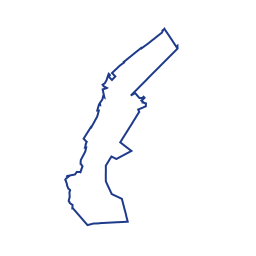 Sierra Mojada, Coahuila, Mexico, rotated 27°
{"feature_id": "50627088B20309017506244", "entity_name": "Sierra Mojada", "entity_type": "district", "adm_level": 2, "iso_a3": "MEX", "parent_name": "Mexico", "parent_adm1": "Coahuila", "projection": "robinson", "projection_center": [-103.689, 27.586], "detail": "fine", "context": "isolated", "style": "outline", "palette": "blue", "viewbox_px": 256, "rotation_deg": 27, "n_neighbors": 0, "source": "geoboundaries", "source_scale": "gbopen_adm2", "svg_char_len": 4185}
<svg xmlns="http://www.w3.org/2000/svg" viewBox="0 0 256 256"><g transform="rotate(27 128 128)"><path d="M154.7,193.9L147.6,194.1L146.5,194.2L144.8,194.2L143.4,194.2L142.8,193.7L142.3,193.3L139.6,191.2L135.1,187.7L134.4,187.1L132.5,185.6L131.0,182.8L129.1,179.1L128.4,177.6L127.6,176.0L127.0,174.8L125.3,171.6L125.5,169.9L125.5,169.4L125.6,168.1L125.7,167.5L125.8,165.9L125.8,165.1L125.9,164.3L125.9,164.1L126.1,162.4L126.2,160.9L131.7,160.9L139.0,150.4L139.9,149.2L140.5,148.3L140.5,148.2L141.4,146.9L127.6,144.3L128.1,138.1L128.7,131.7L128.9,129.4L129.1,127.0L129.3,125.2L129.6,121.5L129.7,120.5L129.7,119.9L129.7,119.7L129.8,118.5L130.0,116.7L130.2,114.1L130.2,113.6L130.3,112.4L130.5,110.8L130.5,110.2L130.6,109.2L130.7,108.6L128.7,106.9L131.2,104.0L131.3,103.9L132.9,101.9L134.0,100.6L132.8,97.9L130.0,98.5L130.2,98.1L128.8,97.8L127.5,97.5L128.4,95.5L129.0,93.6L127.7,93.1L127.1,94.8L126.7,95.0L126.4,95.2L126.2,95.3L125.9,95.5L125.7,95.6L125.4,95.8L125.2,95.8L124.9,96.0L124.7,96.1L124.4,96.0L123.9,95.8L122.3,95.2L121.9,95.0L121.6,94.9L121.4,94.8L121.2,94.8L121.1,94.7L120.2,94.3L119.7,94.1L118.5,93.7L117.4,95.3L116.4,96.8L115.8,97.8L116.1,96.8L118.1,90.7L118.6,89.2L120.2,84.0L120.5,83.2L121.5,80.1L122.5,77.0L123.5,73.6L125.2,68.3L126.5,64.3L126.7,63.8L127.2,62.1L127.7,60.7L128.4,58.5L129.2,55.9L129.6,54.7L130.4,52.2L133.6,42.4L136.1,34.7L134.8,32.4L134.4,33.8L129.3,30.9L126.0,29.0L125.0,28.5L124.6,28.2L124.0,27.9L123.9,27.8L115.5,23.2L115.4,23.1L115.0,24.2L114.5,25.5L114.9,25.7L114.9,27.7L113.1,31.5L110.4,37.5L110.1,38.0L108.3,42.0L107.1,44.6L107.0,44.8L105.9,46.9L103.9,50.9L103.4,50.6L101.4,55.1L101.3,55.3L101.0,55.9L100.9,56.1L100.6,56.8L97.8,63.1L97.7,63.4L97.0,64.8L94.9,69.6L94.2,71.0L94.7,71.3L94.8,71.4L94.0,72.9L93.4,74.1L92.8,75.3L92.5,76.0L92.4,76.1L92.2,76.6L91.4,78.9L91.4,79.0L90.0,82.8L88.8,86.3L89.5,86.5L89.8,86.6L93.3,87.8L92.7,89.8L92.6,90.1L91.9,92.5L87.5,91.0L87.4,91.0L87.4,90.8L87.6,90.3L87.9,89.1L87.5,88.9L87.1,88.8L86.6,88.6L86.2,88.5L86.4,90.0L86.5,91.0L87.2,95.2L87.0,98.7L85.7,101.0L85.9,101.1L86.2,101.2L86.8,101.4L86.9,101.5L87.2,101.9L91.1,101.9L91.0,102.1L89.2,103.8L87.9,105.1L92.4,110.7L93.0,111.4L91.5,111.2L92.2,114.2L91.6,118.4L92.8,120.2L91.5,120.3L91.6,120.9L92.7,126.4L94.1,125.7L94.9,129.5L95.4,131.9L95.3,133.7L95.2,136.2L95.2,137.2L95.2,138.1L95.0,143.3L95.0,143.8L94.8,143.7L94.6,143.7L94.2,147.9L93.5,155.4L93.3,157.7L96.0,158.6L97.4,159.1L97.5,159.1L97.5,159.3L97.5,159.5L97.5,159.9L97.5,160.2L97.6,160.3L97.6,160.5L97.6,160.8L97.6,161.1L97.6,161.3L97.6,161.5L97.8,161.7L97.8,161.9L97.8,162.0L98.0,162.2L98.0,162.3L98.0,162.6L98.0,162.8L98.1,163.0L98.3,163.3L98.3,163.5L98.4,163.8L98.4,164.0L98.5,164.3L98.5,164.5L98.6,165.1L98.8,165.0L99.6,164.4L100.6,168.3L100.5,177.9L100.9,179.0L101.1,179.4L102.0,181.5L102.7,181.6L102.9,181.7L103.0,181.7L103.1,181.8L103.3,182.0L103.5,182.1L103.8,182.2L103.8,182.3L104.0,182.4L104.3,182.4L104.5,182.5L104.7,182.8L104.8,182.9L104.9,183.0L104.9,183.4L104.9,183.5L105.0,183.5L105.0,183.8L105.0,184.0L105.1,184.3L105.1,184.5L105.1,184.8L105.1,185.0L105.1,185.3L105.2,185.7L105.2,185.8L105.2,186.0L105.3,186.0L105.4,186.6L105.5,186.9L105.5,187.1L105.5,187.3L105.5,187.5L105.5,187.8L105.6,188.4L105.6,188.5L105.8,188.8L105.7,189.0L105.5,188.9L105.4,188.9L105.4,189.0L105.0,189.1L104.8,189.2L103.3,189.9L103.2,190.0L102.3,190.4L101.9,193.4L101.8,193.5L100.6,194.5L99.0,195.7L97.4,197.0L95.6,198.4L95.6,198.5L97.1,198.3L95.6,201.6L95.6,202.6L96.0,203.0L96.5,203.1L97.5,204.3L97.8,204.5L98.1,204.7L98.3,204.9L99.1,205.9L100.0,207.1L101.3,208.1L101.8,208.6L102.3,209.1L103.2,209.2L103.9,209.4L104.0,209.4L104.0,209.5L104.7,209.8L105.0,211.9L107.3,215.8L107.4,216.0L107.9,218.6L108.0,218.8L108.0,219.0L108.1,219.3L108.3,220.0L109.5,220.5L109.7,221.0L109.8,221.1L111.3,221.5L112.6,221.6L113.5,221.7L114.9,224.9L115.5,224.6L116.4,225.0L118.2,225.7L129.3,230.2L136.0,232.9L140.6,228.8L143.6,227.2L145.3,226.2L145.6,226.0L146.5,225.3L148.3,224.3L155.2,220.3L159.2,218.0L159.8,217.7L160.7,217.1L162.8,216.0L163.0,215.8L164.8,214.8L166.9,213.6L170.3,211.6L166.9,207.8L165.2,205.7L163.7,204.0L161.4,201.5L160.8,200.8L160.2,200.1L154.7,193.9Z" fill="none" stroke="#1e3a8a" stroke-width="2"/></g></svg>